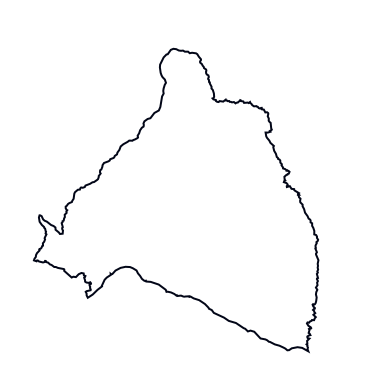 the district of Bantaeng, Sulawesi Selatan, Indonesia, rotated 11°
{"feature_id": "22746128B71175962379658", "entity_name": "Bantaeng", "entity_type": "district", "adm_level": 2, "iso_a3": "IDN", "parent_name": "Indonesia", "parent_adm1": "Sulawesi Selatan", "projection": "albers", "projection_center": [119.991, -5.472], "detail": "fine", "context": "isolated", "style": "outline", "palette": "ink", "viewbox_px": 384, "rotation_deg": 11, "n_neighbors": 0, "source": "geoboundaries", "source_scale": "gbopen_adm2", "svg_char_len": 5958}
<svg xmlns="http://www.w3.org/2000/svg" viewBox="0 0 384 384"><g transform="rotate(11 192 192)"><path d="M165.5,55.3L163.3,56.2L161.4,55.0L158.2,55.6L156.2,54.9L154.2,55.5L152.0,55.6L149.3,54.8L146.4,55.0L144.1,56.5L141.9,61.4L140.7,61.9L138.5,65.3L136.4,73.0L136.7,75.8L138.5,81.0L139.9,83.4L141.2,84.9L143.9,86.8L145.6,89.8L144.8,92.0L144.4,95.8L144.5,98.3L145.4,100.8L144.4,103.9L144.7,114.6L143.9,118.3L140.0,121.6L137.1,127.5L134.5,128.8L131.8,131.7L131.3,134.0L131.9,135.3L132.0,137.0L130.5,138.5L129.3,141.3L128.9,144.5L127.9,147.1L128.6,148.7L128.3,149.4L125.6,151.6L124.5,152.1L123.8,153.0L120.6,153.5L119.2,155.1L115.5,158.2L113.3,160.9L112.7,164.5L111.3,167.5L111.2,169.4L109.3,171.3L109.2,172.3L108.6,173.5L105.5,175.4L105.2,176.8L104.2,177.8L100.1,180.3L99.1,182.7L99.2,184.4L98.7,187.2L97.7,188.2L97.9,190.2L98.8,191.3L97.4,194.1L97.6,195.2L97.3,197.3L96.7,198.1L94.0,200.9L92.4,201.5L90.4,203.4L86.2,206.0L85.8,207.6L83.9,208.7L82.3,208.7L81.7,209.5L81.5,211.0L79.5,211.6L77.2,214.5L76.8,216.0L77.1,221.3L76.2,223.4L76.0,224.8L73.7,226.3L72.5,227.6L71.7,229.5L70.8,230.4L71.1,232.0L72.2,233.4L73.0,233.7L72.4,235.1L72.9,236.4L71.4,238.6L72.0,240.9L71.5,242.3L71.5,244.6L70.5,245.4L70.7,246.3L70.0,247.4L71.9,251.2L71.4,252.2L71.9,253.6L72.7,254.4L73.0,257.6L70.4,258.4L69.0,257.1L65.3,255.1L64.7,252.9L62.6,251.8L60.0,251.3L55.2,248.8L52.8,248.3L51.1,247.3L49.0,244.4L47.5,243.9L46.8,244.0L46.6,246.2L48.1,250.3L50.9,253.0L53.5,254.6L53.8,255.4L54.8,256.0L55.9,258.5L56.3,258.8L56.2,260.7L57.2,261.3L56.2,265.0L56.2,265.7L56.8,266.5L56.4,269.0L55.4,270.8L56.0,273.1L55.3,273.6L54.9,275.5L54.2,276.6L53.2,277.0L53.0,277.7L53.5,278.5L51.5,281.6L50.9,283.8L51.1,285.5L50.1,287.6L49.9,289.3L52.6,289.7L52.8,288.9L53.6,288.6L55.1,289.4L59.2,289.6L61.2,288.6L61.0,287.7L61.6,287.6L62.4,288.6L64.3,288.8L66.4,290.2L68.0,290.4L71.1,291.9L72.7,291.6L74.8,292.1L80.9,292.1L81.4,292.4L81.6,293.8L90.2,298.9L91.7,297.8L94.3,297.7L96.5,294.3L98.9,292.6L101.2,292.6L101.8,294.5L103.4,294.8L103.2,295.9L102.5,296.7L103.8,298.9L104.2,300.4L105.6,301.0L108.0,300.9L109.3,300.0L110.3,300.9L110.2,301.7L109.0,302.0L109.3,303.3L110.2,304.6L110.2,305.7L111.2,307.0L111.2,307.8L107.4,309.5L106.7,310.3L107.9,311.8L108.3,313.6L109.9,315.7L114.1,311.6L118.0,306.0L121.7,301.8L121.4,301.3L123.0,294.8L124.7,292.2L128.1,288.9L127.8,287.9L128.5,288.3L129.5,287.7L131.9,283.7L136.4,280.1L141.1,278.1L145.5,277.5L148.4,278.1L152.5,279.6L154.5,282.2L157.1,284.3L159.4,286.8L161.8,288.1L163.2,288.4L163.7,287.9L164.3,288.6L168.6,288.1L177.0,289.2L184.9,293.0L186.0,294.9L187.2,294.5L190.6,294.6L194.2,295.5L196.3,296.6L196.8,296.2L197.4,296.9L201.0,295.8L204.1,296.4L204.2,297.0L204.2,296.4L205.3,295.9L209.4,294.8L209.9,295.1L209.4,295.4L210.4,295.5L210.0,295.3L210.0,294.9L210.5,294.9L213.9,296.1L219.7,296.8L226.1,299.5L230.4,302.5L230.8,303.3L233.9,304.1L236.5,306.5L247.4,309.2L252.7,311.5L260.1,312.2L268.7,315.8L270.3,316.1L273.5,318.2L275.9,316.9L279.8,317.3L287.2,322.7L292.2,322.7L294.1,323.2L296.0,324.3L297.2,324.3L302.4,325.8L307.2,326.2L311.6,327.3L313.5,327.9L315.8,329.2L317.5,328.7L319.8,326.4L325.2,324.2L329.9,324.0L336.6,326.2L335.4,324.2L335.5,322.6L334.7,321.6L334.6,320.5L333.5,319.7L334.2,318.9L333.4,316.2L335.2,313.5L333.5,313.4L332.8,312.3L332.9,311.7L334.5,310.3L335.5,309.9L334.5,308.6L333.4,308.1L333.7,305.1L332.9,304.1L333.4,303.6L334.7,303.4L335.0,302.9L334.2,302.0L331.9,301.2L329.9,299.1L330.3,298.0L331.9,297.9L332.5,296.6L334.0,295.6L334.2,294.8L336.3,294.5L336.6,292.6L337.4,291.2L334.6,289.4L336.1,287.4L334.9,286.4L334.6,285.5L333.3,284.7L333.9,283.7L334.8,283.1L334.8,282.5L332.9,281.2L331.9,279.6L332.3,279.0L333.2,279.4L334.0,278.8L334.6,277.3L334.7,275.4L334.5,271.7L333.2,268.9L333.1,266.5L333.7,264.1L331.9,262.2L333.0,259.5L332.1,257.2L332.6,255.4L331.2,253.6L331.2,253.1L332.1,252.4L330.2,248.6L330.9,247.1L330.2,246.1L330.6,244.1L329.8,242.3L329.8,240.5L329.1,238.6L329.1,234.8L325.7,229.7L325.5,229.0L326.1,227.3L323.9,224.0L324.3,223.3L323.8,222.6L323.5,220.9L324.2,218.4L323.7,217.5L324.7,216.2L324.9,214.8L323.4,213.2L323.2,211.9L322.1,210.6L320.1,210.3L319.5,206.9L318.0,204.2L316.4,202.3L315.9,199.8L314.2,199.2L313.9,197.5L313.3,196.6L311.5,195.8L310.1,193.7L306.9,190.7L305.3,187.4L303.3,184.9L303.0,183.3L300.3,181.5L299.8,180.1L299.8,177.9L298.1,176.8L297.4,175.2L296.5,174.7L296.6,174.2L297.4,174.1L296.6,173.5L297.2,172.7L292.6,171.0L291.9,170.5L291.7,169.7L289.1,169.9L286.9,167.6L284.2,169.0L283.9,168.2L284.7,166.9L284.3,166.2L283.0,165.2L280.3,164.8L280.6,163.1L281.3,162.8L280.5,161.9L279.8,159.4L281.6,157.0L282.4,156.8L282.7,155.9L283.5,155.5L283.9,153.6L282.8,152.9L282.0,153.0L281.5,152.5L280.7,153.0L280.5,152.5L278.9,151.7L276.9,151.5L276.6,150.5L274.8,148.7L274.9,147.6L273.1,146.3L272.6,144.2L271.6,143.4L270.3,143.2L269.8,142.1L268.6,141.5L267.1,138.5L264.8,135.9L263.2,132.4L263.6,131.2L259.6,128.8L258.1,126.8L255.3,124.5L254.3,123.3L252.9,119.6L255.1,119.2L257.5,117.9L256.8,117.2L258.3,115.9L258.4,115.4L257.7,114.7L256.0,109.1L254.7,108.4L253.7,107.4L253.4,105.3L251.9,103.2L252.0,100.8L251.7,100.0L250.5,99.4L248.8,99.9L246.8,97.4L244.9,97.5L244.4,96.1L243.7,96.3L243.1,97.1L241.5,96.9L240.4,95.9L239.6,95.9L239.0,95.4L236.5,96.1L234.5,95.2L233.5,94.1L232.5,93.7L231.8,92.6L230.7,93.9L229.6,93.6L226.1,94.6L225.1,93.3L223.0,93.4L222.4,92.7L221.8,92.6L221.5,93.7L220.5,94.4L220.0,95.4L218.6,95.9L217.8,96.7L216.0,95.7L214.1,96.4L213.2,96.1L211.8,96.3L211.1,95.6L209.7,96.0L208.8,95.5L208.0,95.7L207.5,94.9L205.4,97.3L201.7,97.5L201.0,98.6L199.5,98.7L198.1,98.1L197.9,97.2L195.4,97.0L194.4,96.2L195.1,95.8L195.6,94.4L194.7,91.1L193.0,87.9L191.4,86.7L191.1,84.9L188.8,82.1L188.6,81.0L187.8,80.8L187.2,78.7L186.4,78.2L186.2,77.5L186.6,75.9L185.8,74.4L184.1,73.8L183.2,72.7L182.8,71.2L183.0,70.3L182.5,69.1L180.2,68.1L179.7,67.0L178.2,65.8L177.5,64.7L175.3,63.4L175.0,62.2L175.6,61.1L175.5,60.0L172.9,57.9L170.9,55.7L169.5,55.1L165.5,55.3Z" fill="none" stroke="#020617" stroke-width="2"/></g></svg>